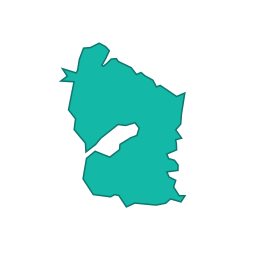 Gothèye, Tillabéri, Niger, rotated 325°
{"feature_id": "23599985B45142923275636", "entity_name": "Gothèye", "entity_type": "district", "adm_level": 2, "iso_a3": "NER", "parent_name": "Niger", "parent_adm1": "Tillabéri", "projection": "natural_earth1", "projection_center": [1.28, 13.795], "detail": "fine", "context": "isolated", "style": "filled", "palette": "teal", "viewbox_px": 256, "rotation_deg": 325, "n_neighbors": 0, "source": "geoboundaries", "source_scale": "gbopen_adm2", "svg_char_len": 1039}
<svg xmlns="http://www.w3.org/2000/svg" viewBox="0 0 256 256"><g transform="rotate(325 128 128)"><path d="M61.4,162.6L74.3,174.4L78.8,174.9L81.8,178.1L81.4,191.7L90.5,193.4L106.9,207.3L115.7,211.2L122.2,210.5L129.0,218.9L135.8,216.2L131.1,212.8L131.5,202.5L137.1,198.2L133.5,191.7L134.6,186.2L144.6,191.4L147.8,187.0L147.5,181.0L143.7,176.3L144.8,171.5L155.3,173.8L158.9,168.1L160.2,164.9L166.1,167.1L166.0,156.9L173.4,155.0L180.0,147.0L194.6,131.9L185.9,130.1L178.8,111.6L174.8,110.6L175.8,103.1L171.8,95.0L170.5,90.0L165.6,89.0L165.2,80.4L158.2,68.0L158.2,64.5L153.8,61.9L147.7,63.0L143.3,63.3L142.5,61.7L149.9,58.1L157.0,54.0L156.3,48.6L153.0,42.0L143.4,40.6L137.4,37.1L127.4,44.0L120.0,51.7L117.2,53.2L108.3,41.8L108.0,50.7L99.9,51.0L110.3,59.2L89.7,79.0L90.3,90.4L83.0,98.4L84.4,116.1L79.8,123.5L92.1,122.9L100.0,120.7L121.8,119.4L127.6,124.6L136.8,127.7L137.1,134.4L131.0,139.2L124.8,137.6L112.1,136.8L108.6,140.9L96.3,141.4L87.7,128.2L76.6,129.1L62.0,143.9L61.4,162.6Z" fill="#14b8a6" stroke="#0f766e" stroke-width="1.5"/></g></svg>